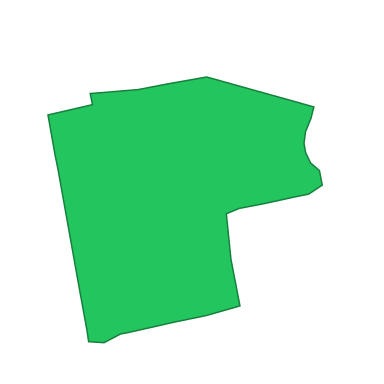 outline of Nova Hartz, Rio Grande do Sul, Brazil, rotated 254°
{"feature_id": "56859067B47796147191103", "entity_name": "Nova Hartz", "entity_type": "district", "adm_level": 2, "iso_a3": "BRA", "parent_name": "Brazil", "parent_adm1": "Rio Grande do Sul", "projection": "natural_earth1", "projection_center": [-50.904, -29.592], "detail": "fine", "context": "isolated", "style": "filled", "palette": "green", "viewbox_px": 384, "rotation_deg": 254, "n_neighbors": 0, "source": "geoboundaries", "source_scale": "gbopen_adm2", "svg_char_len": 549}
<svg xmlns="http://www.w3.org/2000/svg" viewBox="0 0 384 384"><g transform="rotate(254 192 192)"><path d="M177.5,320.4L187.2,314.0L198.6,312.1L208.0,313.1L218.6,317.7L229.9,326.6L240.2,332.6L298.5,237.8L302.6,199.1L305.3,168.4L314.7,121.3L303.4,120.4L305.8,74.8L266.7,70.7L250.4,69.4L195.7,63.8L133.3,57.4L89.0,53.0L76.6,51.4L71.4,65.9L75.2,84.1L74.4,93.1L71.8,139.3L69.3,171.9L69.3,206.7L116.6,210.9L161.6,219.0L163.2,232.7L160.8,260.0L159.0,288.7L157.8,303.6L162.7,319.1L177.5,320.4Z" fill="#22c55e" stroke="#15803d" stroke-width="1.5"/></g></svg>